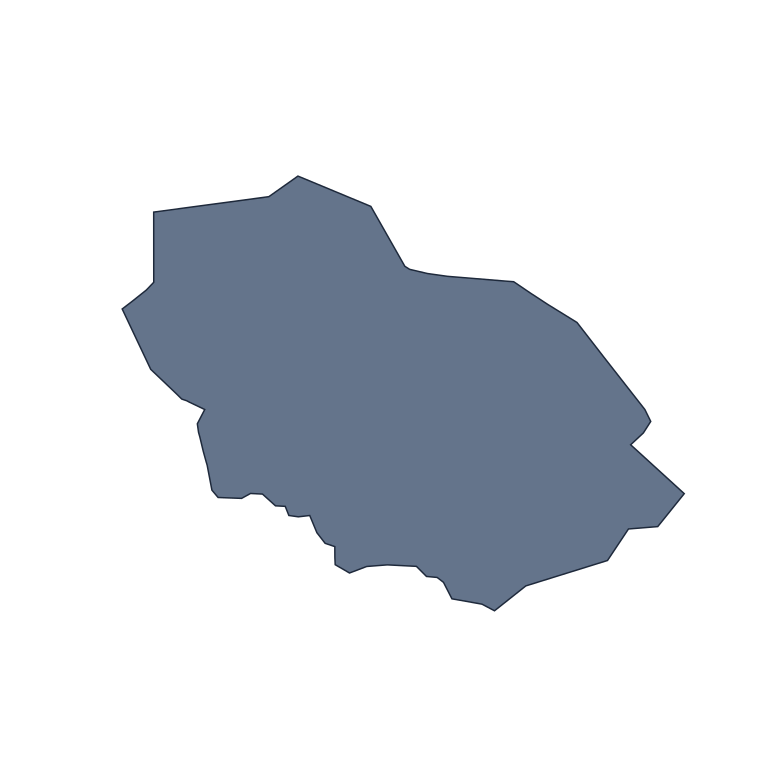 Asari-Toru, Rivers, Nigeria (Albers equal-area conic projection), rotated 326°
{"feature_id": "59680162B173222965225", "entity_name": "Asari-Toru", "entity_type": "district", "adm_level": 2, "iso_a3": "NGA", "parent_name": "Nigeria", "parent_adm1": "Rivers", "projection": "albers", "projection_center": [6.83, 4.747], "detail": "fine", "context": "isolated", "style": "filled", "palette": "slate", "viewbox_px": 768, "rotation_deg": 326, "n_neighbors": 0, "source": "geoboundaries", "source_scale": "gbopen_adm2", "svg_char_len": 1011}
<svg xmlns="http://www.w3.org/2000/svg" viewBox="0 0 768 768"><g transform="rotate(326 384 384)"><path d="M548.7,371.7L543.1,367.3L496.8,330.2L481.8,316.7L469.4,303.3L467.1,298.1L472.4,229.4L449.9,195.3L428.9,163.5L393.3,164.3L289.2,112.7L250.0,170.9L239.5,173.2L220.6,174.7L208.9,175.4L198.8,241.4L206.5,276.4L207.9,283.4L211.1,287.6L212.3,289.9L212.4,290.1L221.1,304.9L207.0,312.6L203.2,320.4L201.6,325.2L196.5,338.8L193.1,348.9L192.0,352.4L182.0,375.7L182.0,376.0L183.0,385.3L187.2,388.4L202.0,399.2L212.1,400.1L221.7,407.3L225.9,424.3L233.7,430.2L231.6,439.8L238.7,446.2L248.9,451.5L245.2,469.8L246.1,483.2L252.3,491.3L246.3,500.3L242.5,506.5L249.7,521.4L267.6,525.6L285.6,535.8L308.9,553.3L311.6,567.3L319.9,574.1L322.4,581.7L320.2,600.1L342.1,621.3L348.8,633.8L388.7,630.7L470.6,655.3L505.6,640.9L531.2,655.3L550.6,649.3L571.6,642.8L554.5,572.3L571.7,569.6L584.2,564.2L586.0,551.1L581.3,484.8L578.4,440.9L564.4,409.9L556.4,390.9L548.7,371.7Z" fill="#64748b" stroke="#1e293b" stroke-width="1.5"/></g></svg>